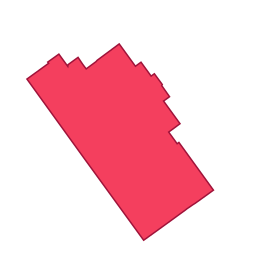 outline of Iron, Utah, United States of America, rotated 234°
{"feature_id": "52423323B18827245636092", "entity_name": "Iron", "entity_type": "district", "adm_level": 2, "iso_a3": "USA", "parent_name": "United States of America", "parent_adm1": "Utah", "projection": "natural_earth1", "projection_center": [-113.349, 37.812], "detail": "fine", "context": "isolated", "style": "filled", "palette": "rose", "viewbox_px": 256, "rotation_deg": 234, "n_neighbors": 0, "source": "geoboundaries", "source_scale": "gbopen_adm2", "svg_char_len": 629}
<svg xmlns="http://www.w3.org/2000/svg" viewBox="0 0 256 256"><g transform="rotate(234 128 128)"><path d="M28.0,74.7L28.0,74.8L27.9,98.2L27.9,117.0L27.9,121.5L27.9,126.1L28.0,128.3L27.8,135.2L27.7,136.7L27.6,138.2L27.6,138.3L27.5,155.7L27.5,160.6L86.4,160.7L86.4,158.5L100.8,158.5L100.9,172.6L103.3,172.6L128.9,172.6L128.9,180.0L142.5,180.2L143.0,181.3L156.4,181.2L156.4,177.2L173.6,177.2L173.6,170.3L201.2,170.3L200.9,142.9L200.5,141.1L200.4,128.9L206.2,128.8L214.5,129.1L214.5,116.8L213.2,115.5L228.4,115.5L228.5,101.8L227.0,101.8L227.0,75.0L128.5,74.7L28.0,74.7Z" fill="#f43f5e" stroke="#9f1239" stroke-width="1.5"/></g></svg>